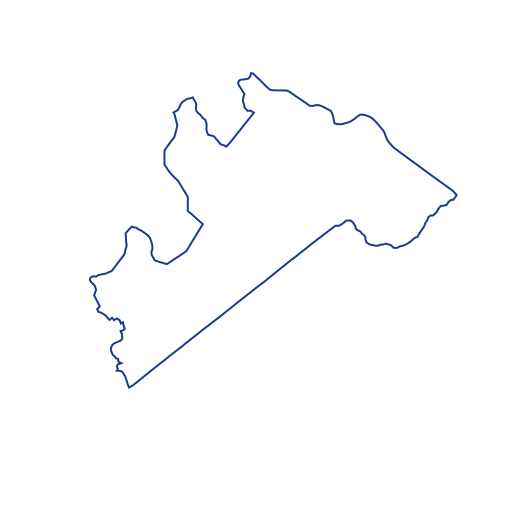 Mirassol d'Oeste, Mato Grosso, Brazil, rotated 210°
{"feature_id": "56859067B78594820692492", "entity_name": "Mirassol d'Oeste", "entity_type": "district", "adm_level": 2, "iso_a3": "BRA", "parent_name": "Brazil", "parent_adm1": "Mato Grosso", "projection": "orthographic", "projection_center": [-58.043, -15.604], "detail": "fine", "context": "isolated", "style": "outline", "palette": "blue", "viewbox_px": 512, "rotation_deg": 210, "n_neighbors": 0, "source": "geoboundaries", "source_scale": "gbopen_adm2", "svg_char_len": 3869}
<svg xmlns="http://www.w3.org/2000/svg" viewBox="0 0 512 512"><g transform="rotate(210 256 256)"><path d="M390.1,361.7L391.5,360.0L394.1,357.7L395.5,355.1L396.7,352.8L397.1,349.2L396.6,345.9L396.7,343.2L398.0,341.0L399.2,339.1L396.9,337.5L393.9,334.3L392.0,332.5L389.3,329.5L387.8,324.4L386.2,318.3L387.7,305.7L387.9,301.4L381.0,289.4L375.0,286.4L370.3,284.5L367.5,283.7L360.7,282.0L351.4,276.8L344.6,273.1L342.3,269.1L337.7,261.0L331.9,259.9L329.1,259.3L324.4,258.3L318.0,257.0L318.6,232.7L318.7,228.1L318.8,225.2L325.8,211.1L329.1,204.4L339.9,201.8L342.0,201.7L344.2,203.3L346.8,204.8L348.6,207.1L349.1,210.1L350.8,212.9L354.5,216.8L357.4,218.9L360.7,219.9L364.0,220.3L367.9,220.6L371.0,220.3L373.9,220.6L375.9,219.8L378.3,219.3L379.0,216.5L380.3,210.6L376.6,204.9L373.3,200.5L370.8,191.3L371.5,186.4L373.4,171.0L377.2,165.8L379.3,163.9L383.0,160.7L384.1,158.1L386.8,157.2L388.5,154.6L388.0,152.2L385.7,151.0L381.1,149.8L377.6,146.9L376.4,140.9L372.5,138.4L366.1,134.3L367.0,130.5L364.5,128.9L361.5,129.5L358.9,129.4L356.0,129.2L353.5,128.1L351.0,127.4L349.8,130.5L346.8,129.5L345.1,132.4L341.8,132.1L339.3,130.0L338.1,132.1L336.0,129.7L333.4,127.7L333.7,125.5L335.7,123.2L332.7,121.0L330.5,117.7L330.9,115.0L333.6,111.5L335.4,109.0L335.9,106.7L335.7,103.7L333.5,100.8L330.3,98.7L328.0,98.4L326.2,97.4L323.9,98.0L322.4,95.7L319.1,95.8L321.5,93.1L321.4,91.0L319.3,89.3L319.3,87.1L316.1,88.6L313.8,88.8L309.2,86.5L302.5,80.4L300.2,78.6L297.9,82.5L292.2,97.2L288.9,105.8L283.3,119.8L280.6,126.8L274.6,141.5L273.3,145.1L268.7,156.7L263.0,170.9L262.0,173.2L260.0,178.1L257.6,183.8L256.1,187.5L254.7,191.3L252.9,195.7L251.9,198.3L248.9,206.2L244.0,218.3L241.3,225.0L240.2,227.9L238.5,232.1L236.2,237.4L234.5,241.8L229.4,255.1L226.8,261.7L223.6,270.1L222.2,273.1L220.3,277.8L219.1,281.1L216.5,287.5L215.1,291.1L213.9,294.3L211.2,300.9L210.0,303.7L208.4,307.6L202.4,321.8L199.2,323.7L196.7,328.4L195.6,331.7L191.7,334.1L188.9,333.6L185.3,331.8L183.1,329.5L181.1,329.1L177.9,329.4L175.2,328.3L172.7,328.0L170.7,327.0L169.3,324.9L167.3,323.1L164.0,322.7L158.3,324.4L155.7,325.7L153.6,328.2L151.5,329.7L149.7,331.5L144.8,332.9L141.0,331.9L137.9,333.5L136.1,336.4L133.7,338.6L132.0,340.9L130.8,342.9L129.5,345.3L128.7,348.1L127.6,351.1L125.6,353.4L125.8,355.8L125.6,359.4L125.4,362.1L125.2,365.4L125.8,369.2L125.6,372.5L126.2,375.8L125.0,378.4L122.9,379.7L122.1,382.2L121.5,384.3L121.6,388.1L121.1,391.5L118.5,393.6L116.5,395.5L116.3,399.0L115.4,401.7L113.3,403.4L112.8,405.9L112.8,409.2L118.1,410.8L120.4,411.1L124.4,411.5L128.8,412.0L134.1,412.5L138.9,413.0L144.9,413.6L149.1,414.1L153.9,414.6L159.7,415.3L165.8,415.9L169.6,416.3L174.1,416.8L177.9,417.2L182.3,417.7L188.0,418.4L190.9,418.7L195.5,420.2L198.8,421.3L201.1,422.7L204.0,425.0L206.8,427.3L208.8,428.4L211.6,429.4L213.7,430.2L216.8,431.3L219.9,432.3L222.9,433.1L225.4,433.4L228.4,433.3L232.8,432.3L234.8,431.5L236.6,430.3L237.8,427.8L239.3,423.9L241.3,419.9L242.6,418.3L244.5,416.2L248.1,412.6L251.8,410.7L254.5,410.3L256.8,412.8L258.9,415.3L261.4,417.6L264.0,419.1L271.9,418.8L274.1,418.6L276.8,418.1L279.4,416.8L281.8,414.3L284.5,413.0L288.2,413.3L294.6,413.9L300.9,414.2L305.5,414.7L309.7,414.9L312.0,414.7L316.1,412.5L319.1,410.8L322.6,408.9L325.2,407.4L327.3,407.0L332.5,408.1L335.9,409.1L338.6,409.8L340.8,410.4L343.8,411.0L346.7,411.8L349.7,412.5L351.7,411.9L350.8,408.6L351.4,405.7L354.7,402.9L357.6,400.8L358.4,398.8L357.7,396.4L355.4,394.8L352.8,393.6L349.3,391.6L347.0,390.5L346.2,386.7L344.7,383.5L342.3,381.5L340.1,378.8L336.0,377.5L333.3,379.1L329.5,379.1L335.1,341.8L336.4,335.8L338.7,335.9L340.7,335.4L342.9,335.1L345.6,336.3L348.3,337.1L352.0,338.6L354.8,338.0L357.8,337.1L360.1,338.5L362.4,341.0L363.4,343.2L364.7,345.5L367.9,348.5L371.5,349.0L374.7,350.4L377.5,350.9L380.1,351.8L381.8,353.6L383.4,357.0L384.8,358.7L387.3,360.0L390.1,361.7Z" fill="none" stroke="#1e3a8a" stroke-width="2"/></g></svg>